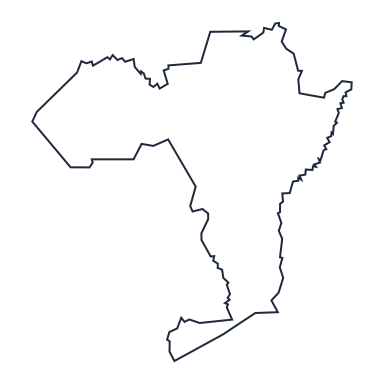 Borba, Amazonas, Brazil (Robinson projection)
{"feature_id": "56859067B43884910797312", "entity_name": "Borba", "entity_type": "district", "adm_level": 2, "iso_a3": "BRA", "parent_name": "Brazil", "parent_adm1": "Amazonas", "projection": "robinson", "projection_center": [-59.228, -5.33], "detail": "medium", "context": "isolated", "style": "outline", "palette": "slate", "viewbox_px": 384, "rotation_deg": 0, "n_neighbors": 0, "source": "geoboundaries", "source_scale": "gbopen_adm2", "svg_char_len": 1848}
<svg xmlns="http://www.w3.org/2000/svg" viewBox="0 0 384 384"><path d="M277.8,312.2L271.4,300.4L278.6,292.7L283.2,277.9L279.8,267.4L282.4,257.9L280.0,257.3L282.2,238.8L278.8,230.8L281.4,223.0L277.9,213.2L280.0,212.2L280.1,203.8L283.0,201.6L282.3,193.4L289.7,193.1L293.0,181.5L298.2,180.8L298.3,177.7L301.2,179.6L299.5,175.6L305.3,174.6L305.8,169.5L312.4,170.0L313.0,166.3L315.9,166.8L314.1,164.5L320.0,162.5L318.7,158.9L320.6,159.9L323.6,150.3L326.3,149.1L324.2,145.4L329.6,142.1L327.2,137.9L331.2,136.1L331.6,132.5L333.0,133.9L333.7,125.9L336.9,122.7L335.2,121.6L338.8,113.0L337.5,109.1L341.9,108.0L340.4,103.2L343.6,102.7L342.3,99.4L343.4,96.2L346.3,96.2L345.6,92.3L351.3,89.4L351.7,82.3L342.1,81.1L334.3,89.1L325.3,92.9L324.0,97.7L299.5,93.3L298.3,79.4L301.9,70.9L298.1,70.7L293.7,53.7L286.2,48.7L281.7,41.5L286.0,29.4L278.8,26.0L279.0,23.0L275.3,23.5L271.8,29.8L264.1,27.9L263.3,32.6L253.7,39.4L251.6,36.5L241.8,35.6L248.2,31.4L210.3,31.8L200.8,62.9L168.4,65.4L168.5,68.8L163.7,70.4L167.7,83.9L159.7,88.5L157.2,83.7L153.5,87.0L149.6,84.6L150.0,78.8L145.6,78.6L143.8,73.5L141.2,71.4L140.8,73.9L134.7,66.9L133.6,59.0L125.2,61.8L122.1,58.1L117.4,60.0L112.7,55.1L109.9,59.4L107.4,57.2L93.0,65.7L91.7,61.5L86.5,63.3L81.4,61.2L77.1,72.5L36.8,111.9L32.3,121.6L70.6,167.3L89.5,167.4L92.7,162.7L91.8,159.3L133.6,159.3L141.6,143.9L153.3,145.9L168.1,139.4L195.7,186.6L190.2,206.1L192.6,211.5L202.4,209.0L208.1,213.5L208.2,219.1L201.4,233.3L201.5,240.0L210.7,256.5L214.2,256.1L213.2,260.8L217.8,263.6L217.7,267.9L222.1,269.7L223.3,277.9L228.4,282.7L226.8,284.8L230.0,294.2L227.6,297.9L229.6,299.8L225.0,303.1L228.0,304.4L226.8,307.4L232.1,319.6L199.7,323.0L189.3,319.5L184.6,321.9L181.2,317.8L177.2,328.4L169.4,332.0L167.1,339.6L169.7,341.4L169.5,351.6L174.4,361.0L223.0,334.4L255.3,313.0L277.8,312.2Z" fill="none" stroke="#1e293b" stroke-width="2"/></svg>